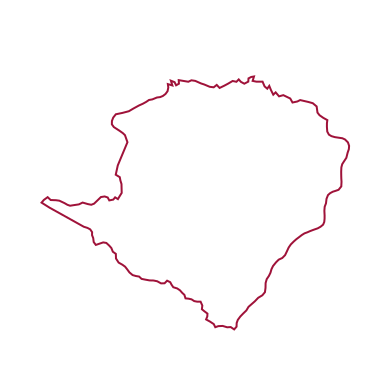 Santa Tereza do Tocantins, Tocantins, Brazil (orthographic projection), rotated 193°
{"feature_id": "56859067B62208923479169", "entity_name": "Santa Tereza do Tocantins", "entity_type": "district", "adm_level": 2, "iso_a3": "BRA", "parent_name": "Brazil", "parent_adm1": "Tocantins", "projection": "orthographic", "projection_center": [-47.736, -10.292], "detail": "fine", "context": "isolated", "style": "outline", "palette": "rose", "viewbox_px": 384, "rotation_deg": 193, "n_neighbors": 0, "source": "geoboundaries", "source_scale": "gbopen_adm2", "svg_char_len": 2872}
<svg xmlns="http://www.w3.org/2000/svg" viewBox="0 0 384 384"><g transform="rotate(193 192 192)"><path d="M336.2,147.8L327.3,144.7L289.6,133.8L285.8,133.5L282.8,132.7L280.3,130.4L279.7,127.5L277.9,124.9L276.5,121.1L273.8,118.8L270.1,121.1L267.2,122.9L264.0,123.1L260.7,121.2L258.0,119.3L255.7,116.0L252.3,114.6L251.1,110.1L247.6,106.7L243.5,105.5L240.4,104.2L237.8,102.1L234.9,99.6L231.2,97.7L227.8,97.5L224.5,97.7L221.6,96.0L218.1,96.1L213.5,96.3L209.6,97.1L205.8,97.2L201.6,96.0L198.2,96.9L196.3,100.0L192.9,99.2L191.1,97.1L188.8,95.0L184.7,94.7L181.6,93.5L178.8,91.5L176.3,90.1L174.4,86.9L171.2,87.3L168.3,87.3L165.3,86.2L162.4,86.3L159.0,87.1L156.4,83.7L156.0,80.0L153.4,78.7L149.6,77.0L149.1,74.2L149.6,71.0L145.4,69.8L141.1,68.2L138.9,65.5L136.2,67.2L132.0,68.4L127.3,68.1L123.9,69.1L120.0,67.6L118.3,70.8L119.0,74.4L118.6,77.7L116.9,81.6L114.8,85.1L112.4,88.8L111.1,92.8L108.8,96.0L106.2,99.6L103.7,103.8L100.2,107.2L98.4,110.8L98.8,115.1L99.8,119.9L99.6,123.9L98.2,127.5L97.4,130.9L97.2,134.6L96.4,138.1L94.3,142.4L92.3,145.6L89.2,148.0L87.1,151.4L86.2,155.4L85.3,159.7L83.9,163.2L81.7,166.7L79.7,169.5L77.6,172.0L75.3,174.8L73.1,177.0L70.5,178.7L68.1,180.5L65.1,182.5L61.3,184.9L58.9,187.1L56.9,189.7L56.4,192.6L56.8,195.7L57.5,198.9L58.8,203.5L59.4,207.5L58.9,211.1L59.4,215.6L58.8,219.6L57.1,222.0L54.8,224.0L52.4,225.4L49.7,227.1L47.8,231.0L48.6,235.5L49.6,238.9L50.3,241.6L51.2,245.3L52.0,249.6L51.9,252.9L50.8,256.0L49.3,260.0L49.2,265.4L48.8,269.0L49.3,272.3L51.2,275.4L54.7,277.6L57.6,278.2L61.3,277.9L65.1,277.6L68.7,277.8L71.5,278.7L73.8,281.3L75.2,285.8L76.0,289.4L76.3,292.5L80.8,293.8L85.0,295.5L87.6,297.6L89.8,303.4L94.3,305.7L98.9,305.9L102.8,305.9L107.3,305.9L109.7,303.9L114.2,301.8L117.3,305.2L124.8,306.9L128.7,304.8L132.9,307.9L134.7,305.1L138.0,309.1L140.6,312.8L141.9,309.6L145.0,311.2L148.1,315.4L153.9,314.0L157.9,313.9L157.6,318.5L160.2,317.4L162.5,315.4L162.0,312.2L165.4,309.3L169.1,310.3L171.8,312.2L173.5,309.4L177.4,309.3L181.2,305.7L184.4,302.9L188.5,299.6L192.0,301.9L194.4,298.9L198.4,298.5L204.2,299.5L207.6,299.8L213.8,301.0L217.7,300.7L220.4,298.6L230.1,298.0L229.1,294.6L231.5,292.4L233.7,295.1L237.6,295.7L235.1,291.4L239.8,291.7L238.6,288.5L238.5,284.7L239.9,281.5L242.0,279.0L244.4,277.3L247.4,276.2L251.5,273.3L254.6,272.0L256.9,269.5L259.8,266.9L263.1,264.4L267.7,260.3L271.7,256.5L277.6,253.4L283.7,250.6L285.5,246.8L286.0,243.2L285.3,239.9L282.8,237.7L276.0,235.2L272.6,233.8L270.1,232.3L266.1,226.0L270.3,201.2L270.2,191.7L265.7,190.2L264.4,187.2L262.5,183.9L260.3,175.3L261.6,171.5L262.6,168.4L265.7,169.5L267.0,166.9L270.7,165.2L272.9,167.7L276.1,168.0L279.6,166.6L282.7,161.8L284.8,158.6L287.3,156.9L290.7,156.8L296.2,157.1L299.4,154.5L305.0,152.3L307.7,151.2L310.5,151.5L313.8,152.5L319.3,153.7L322.6,153.4L327.9,152.4L331.5,154.5L334.6,150.9L336.2,147.8Z" fill="none" stroke="#9f1239" stroke-width="2"/></g></svg>